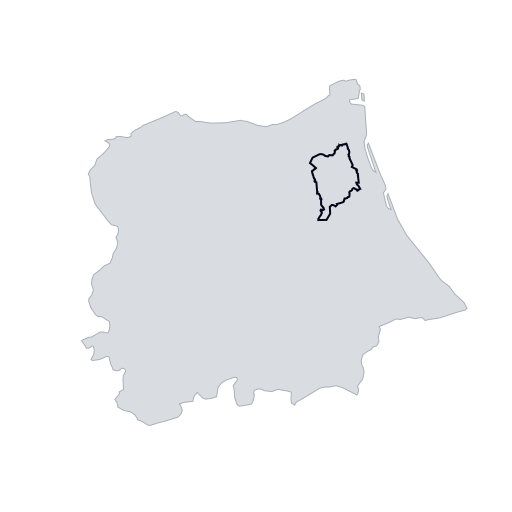 Agneby-Tiassa, Agnéby, Ivory Coast (highlighted), rotated 255°
{"feature_id": "98640826B52449815511854", "entity_name": "Agneby-Tiassa", "entity_type": "district", "adm_level": 2, "iso_a3": "CIV", "parent_name": "Ivory Coast", "parent_adm1": "Agnéby", "projection": "robinson", "projection_center": [-4.418, 5.953], "detail": "fine", "context": "in_parent", "style": "outline", "palette": "ink", "viewbox_px": 512, "rotation_deg": 255, "n_neighbors": 0, "source": "geoboundaries", "source_scale": "gbopen_adm2", "svg_char_len": 8657}
<svg xmlns="http://www.w3.org/2000/svg" viewBox="0 0 512 512"><g transform="rotate(255 256 256)"><path d="M128.3,99.3L129.9,99.2L133.9,97.9L137.6,94.9L141.0,88.5L145.7,83.5L150.9,83.8L152.4,82.9L154.2,82.7L156.4,86.1L158.6,88.6L160.2,88.7L161.3,93.5L170.8,95.5L174.8,96.8L178.2,100.3L179.4,100.4L180.9,99.7L182.0,98.5L182.2,97.1L180.8,93.9L181.4,91.1L183.0,88.5L185.4,88.4L189.1,87.7L193.3,87.7L196.5,88.1L197.7,85.6L196.5,78.4L196.9,74.5L197.4,71.1L198.6,69.8L203.2,74.0L207.5,75.5L210.6,75.6L211.5,74.8L210.2,70.2L210.5,68.9L211.7,68.1L213.7,67.6L219.2,65.7L219.7,66.1L220.8,73.3L220.3,75.7L221.4,80.5L222.8,85.1L222.7,86.9L221.6,89.7L220.2,92.3L220.3,93.4L222.5,95.1L226.7,96.9L231.0,97.3L233.4,94.7L235.9,92.6L237.7,90.6L238.3,87.8L241.0,85.7L248.9,83.1L256.1,82.7L257.9,83.5L261.1,87.5L265.3,90.2L271.6,89.9L276.1,91.5L280.1,94.6L282.7,101.3L285.6,106.2L286.9,113.2L291.5,116.8L295.1,118.5L299.9,123.5L305.0,126.1L310.2,125.5L312.6,128.1L316.5,130.0L320.4,130.1L323.8,124.3L328.3,122.0L339.7,117.4L344.2,115.3L348.8,113.9L359.8,113.5L370.0,114.9L375.1,116.0L378.6,115.2L381.9,118.0L385.3,123.8L388.1,125.6L390.9,127.6L393.1,132.2L395.5,136.8L396.9,138.8L400.0,143.3L402.6,143.3L405.2,141.4L406.3,139.9L406.8,142.9L405.8,147.7L406.0,150.7L407.5,151.8L406.7,155.6L403.7,162.1L403.7,166.0L406.7,167.2L408.8,171.3L410.1,178.3L411.4,180.6L411.5,182.0L413.7,199.0L416.4,215.9L414.7,218.1L412.3,218.8L410.8,219.6L410.4,221.2L411.4,223.5L410.7,225.6L407.8,227.1L401.5,232.5L401.0,234.6L399.4,239.2L397.9,242.0L395.9,247.2L392.6,261.0L391.4,272.4L391.2,275.9L389.9,278.3L388.5,281.9L381.6,291.6L378.1,299.6L378.5,303.1L378.7,306.6L377.6,309.1L377.8,315.8L378.7,321.5L379.9,327.0L384.9,342.7L387.6,352.2L389.2,359.9L390.6,365.1L392.0,367.1L392.5,369.1L399.9,370.6L401.4,371.7L403.4,381.7L403.1,386.2L401.6,387.9L401.7,391.8L401.3,396.5L400.3,398.4L396.1,398.6L393.3,400.4L389.5,399.7L389.2,398.5L387.2,398.1L381.7,395.4L382.6,386.7L380.0,386.4L378.0,387.5L374.1,397.9L372.2,399.7L344.7,394.3L338.7,390.0L331.6,389.0L319.1,389.5L308.8,390.8L305.8,393.4L331.8,391.9L334.6,392.2L335.9,393.8L303.0,397.2L290.5,399.3L286.8,398.7L284.0,395.4L270.3,395.0L267.6,396.1L265.9,398.5L271.2,398.0L279.7,397.8L282.0,399.7L255.5,402.2L237.1,406.9L229.3,410.3L203.6,421.7L188.0,427.1L183.9,429.1L176.8,434.7L167.7,438.2L157.4,444.8L151.1,446.3L149.7,444.2L149.6,433.1L148.7,418.2L149.1,412.5L149.9,407.1L149.9,402.7L153.0,401.0L153.9,399.2L154.3,393.4L157.3,388.1L157.3,379.0L158.2,377.1L158.9,374.6L157.6,368.6L156.0,357.3L155.2,356.5L154.5,357.0L152.9,357.2L146.5,353.3L141.5,352.6L138.0,349.3L137.8,345.5L136.1,343.3L134.9,338.8L133.2,333.8L128.3,330.7L123.7,330.0L120.5,330.6L116.6,330.5L112.3,328.8L109.2,326.8L106.4,323.1L103.7,320.2L101.6,320.6L99.0,319.9L96.4,318.5L95.6,317.5L106.3,305.7L109.9,300.0L110.3,296.4L110.4,292.9L111.5,289.2L111.9,283.7L106.0,263.5L104.5,257.3L102.9,255.4L101.9,254.8L104.9,252.2L109.0,252.8L115.3,254.9L116.7,252.9L121.5,242.7L121.3,238.9L120.9,236.3L123.7,229.3L125.9,226.6L127.1,223.7L126.7,219.7L125.0,218.3L122.8,218.5L120.2,217.6L116.2,215.3L114.1,213.2L114.8,204.0L115.2,201.2L116.6,199.5L118.8,199.1L125.0,198.8L130.1,199.9L134.5,200.5L136.9,200.5L138.8,203.2L141.3,206.0L143.6,206.0L144.4,203.9L143.9,194.8L142.4,190.0L139.0,185.4L130.2,181.4L130.0,175.9L130.9,169.9L132.8,167.7L139.4,163.9L138.2,161.8L136.1,159.6L132.0,157.4L133.0,150.3L133.2,143.9L129.7,144.6L126.1,144.9L123.1,143.0L120.6,139.1L120.1,128.4L120.1,116.0L119.7,110.6L120.6,107.7L123.7,105.0L127.1,101.5L128.3,99.3ZM386.0,399.9L384.5,402.2L377.6,400.7L379.2,398.7L386.0,399.9Z" fill="#d9dde1" stroke="#a8b0b8" stroke-width="1"/><path d="M301.8,331.6L301.7,331.8L301.6,331.7L301.1,331.5L300.9,331.2L300.7,331.2L300.8,331.4L300.7,331.6L300.3,332.0L300.0,332.4L299.7,332.4L299.6,332.5L299.5,332.9L299.3,332.9L299.2,332.9L298.9,332.9L298.7,333.0L298.4,333.2L297.9,333.3L297.7,333.3L297.4,333.4L297.1,333.4L296.7,333.5L296.4,333.5L296.1,333.3L295.9,333.4L295.5,333.4L295.3,333.3L295.2,333.1L294.8,332.8L294.7,332.8L294.6,333.1L294.8,333.3L295.0,333.4L294.9,333.6L294.4,333.8L294.4,333.7L294.1,333.6L288.8,332.2L288.3,332.3L287.5,332.5L287.4,332.5L287.2,332.7L286.6,333.0L286.1,333.2L285.7,333.3L285.6,333.5L285.3,333.6L285.2,333.5L284.9,333.5L284.0,333.7L283.7,333.6L283.4,333.8L283.3,333.7L283.1,333.3L283.2,333.0L283.2,332.8L282.9,332.2L283.4,331.7L283.5,331.6L283.9,331.1L284.0,330.7L283.9,330.6L283.3,330.1L282.9,330.2L282.6,330.2L282.2,330.4L281.9,330.6L281.6,330.6L281.3,330.7L281.1,330.7L280.8,330.7L280.5,330.8L279.1,329.4L278.6,329.2L278.1,328.4L277.8,328.0L275.7,325.8L274.6,325.5L272.6,333.4L277.7,338.6L284.3,340.0L285.7,342.5L285.1,344.0L283.3,345.7L284.3,347.4L285.1,347.9L285.3,347.8L285.3,351.0L285.5,354.2L285.6,354.5L286.0,355.0L286.5,355.0L287.2,355.6L287.4,355.7L287.5,355.9L287.9,356.0L288.0,356.0L288.6,356.4L288.6,356.6L288.3,356.9L288.3,357.1L288.4,357.3L288.3,357.5L288.4,358.0L288.4,358.8L288.6,359.0L288.8,359.3L288.7,359.4L288.8,359.5L288.9,359.9L289.1,360.0L289.1,360.6L289.0,360.9L289.0,361.1L289.7,361.8L289.8,361.9L290.3,361.9L290.7,362.0L291.6,362.5L292.8,362.5L293.5,362.6L293.6,362.8L293.8,363.1L293.9,363.3L294.2,363.6L294.2,363.8L294.2,364.2L294.4,365.0L294.7,365.6L294.9,365.8L295.4,366.1L295.6,366.2L296.0,366.9L296.3,367.5L296.3,367.8L295.9,368.6L295.6,368.8L295.3,369.0L294.7,369.5L294.5,369.9L294.2,370.6L293.6,371.0L293.3,370.9L293.1,370.9L292.9,370.7L292.8,370.8L292.8,371.0L292.9,371.3L293.1,371.5L293.1,371.9L293.5,372.2L293.6,372.5L293.7,373.0L293.9,373.2L293.9,373.3L293.9,374.0L297.3,373.1L297.6,372.9L298.2,372.6L298.5,372.3L298.8,372.1L299.1,372.1L299.3,372.0L299.7,371.9L299.8,372.0L300.2,371.9L300.4,371.9L300.6,371.9L300.9,371.9L300.2,374.2L306.5,375.2L306.9,375.1L307.1,375.1L307.4,375.2L307.5,375.4L307.8,375.4L308.9,375.7L309.2,375.7L309.7,375.3L309.9,375.1L310.2,375.1L310.7,375.0L310.9,375.1L311.1,375.1L311.3,375.0L311.6,375.3L312.0,375.4L312.2,375.6L312.3,375.5L312.4,375.4L312.5,375.6L312.9,375.6L313.0,375.4L313.2,375.6L313.3,375.7L313.6,375.7L317.2,371.6L318.8,372.9L324.1,372.0L324.4,371.9L324.7,371.9L325.0,371.7L325.5,371.8L325.8,371.6L326.1,371.7L326.4,371.6L326.7,371.7L326.9,371.7L327.1,371.7L327.3,372.0L327.5,372.0L328.0,371.8L328.4,371.4L328.9,371.7L329.4,371.6L329.4,371.8L329.5,371.9L330.0,371.9L330.3,371.8L330.5,372.0L330.9,372.5L331.1,372.6L331.3,372.7L332.5,373.1L333.0,373.1L333.5,373.0L334.1,373.2L335.9,372.4L336.2,372.7L336.3,372.7L338.0,372.7L338.5,372.6L339.3,372.5L339.7,372.5L340.4,372.4L340.7,372.5L341.0,372.3L340.9,372.2L340.8,371.9L341.0,371.8L341.0,371.5L341.1,371.4L341.2,371.2L341.1,370.9L341.0,370.6L341.0,370.4L340.9,370.3L340.9,370.2L341.0,370.1L341.0,369.9L341.0,369.7L341.3,369.9L341.5,369.8L341.4,369.8L341.3,369.7L341.3,369.1L341.2,369.0L341.2,368.7L341.0,368.4L340.9,368.1L341.0,367.9L340.9,367.8L340.7,367.8L340.6,367.7L340.9,367.5L341.0,367.4L341.0,367.2L340.8,367.1L340.8,366.9L341.0,366.8L341.2,366.5L341.1,366.4L341.2,366.2L341.2,365.8L341.2,365.6L341.3,365.5L341.2,365.5L341.4,365.4L341.5,365.3L341.4,365.2L341.2,365.0L341.2,364.7L340.9,364.6L340.7,364.5L340.5,364.4L340.4,364.2L340.2,364.0L340.2,363.6L340.5,363.5L340.5,363.1L340.3,363.1L340.1,362.8L339.9,362.8L339.7,362.7L339.4,362.8L339.3,363.1L339.2,363.2L338.8,363.2L338.6,363.1L338.3,362.6L338.2,362.3L338.2,361.8L338.3,361.3L338.3,361.2L338.3,360.9L338.1,360.7L337.8,360.5L337.8,359.7L337.7,359.6L337.6,359.8L337.5,359.7L337.2,359.6L336.7,359.4L336.6,359.1L336.2,358.9L335.9,359.0L335.5,358.9L335.2,358.7L334.9,358.4L334.7,358.3L334.6,358.2L334.6,357.9L334.5,357.4L334.4,357.3L334.2,357.2L334.0,356.9L333.7,356.6L333.6,356.4L333.5,356.2L333.4,356.1L333.4,355.9L333.6,355.2L333.9,354.9L334.0,354.4L334.1,354.1L334.2,353.7L334.4,353.5L334.5,353.4L334.4,353.0L334.4,352.7L334.3,352.3L334.2,352.1L333.6,351.7L333.5,351.2L333.7,350.8L333.9,350.4L334.0,350.3L334.4,349.6L334.6,349.4L334.6,349.2L334.7,348.7L335.4,348.3L335.7,348.0L336.6,347.1L336.9,346.7L337.3,345.9L337.4,345.6L337.8,344.3L337.8,343.5L336.7,337.8L336.4,336.2L334.3,334.3L331.8,332.2L331.3,332.5L329.5,334.0L329.4,334.0L325.4,336.7L325.1,336.2L324.9,336.0L324.9,335.7L325.0,335.4L324.8,335.3L324.8,335.2L324.6,334.7L324.5,334.3L324.4,334.1L324.2,334.0L324.1,333.7L324.0,333.4L323.8,333.1L323.7,332.9L323.8,332.6L323.8,332.4L323.6,332.3L323.3,332.0L322.9,332.1L322.4,331.9L321.9,331.8L321.5,331.9L321.2,331.9L320.4,332.0L320.2,332.0L319.7,331.8L319.2,332.1L318.7,332.1L317.9,332.1L317.3,332.0L317.2,332.0L316.9,332.2L316.2,332.1L315.1,332.7L314.9,332.7L314.7,332.5L314.3,332.7L313.8,332.8L313.6,332.6L313.5,332.2L313.2,331.8L312.7,331.9L312.5,332.0L311.8,333.0L311.6,333.4L301.8,331.6Z" fill="none" stroke="#020617" stroke-width="2"/></g></svg>